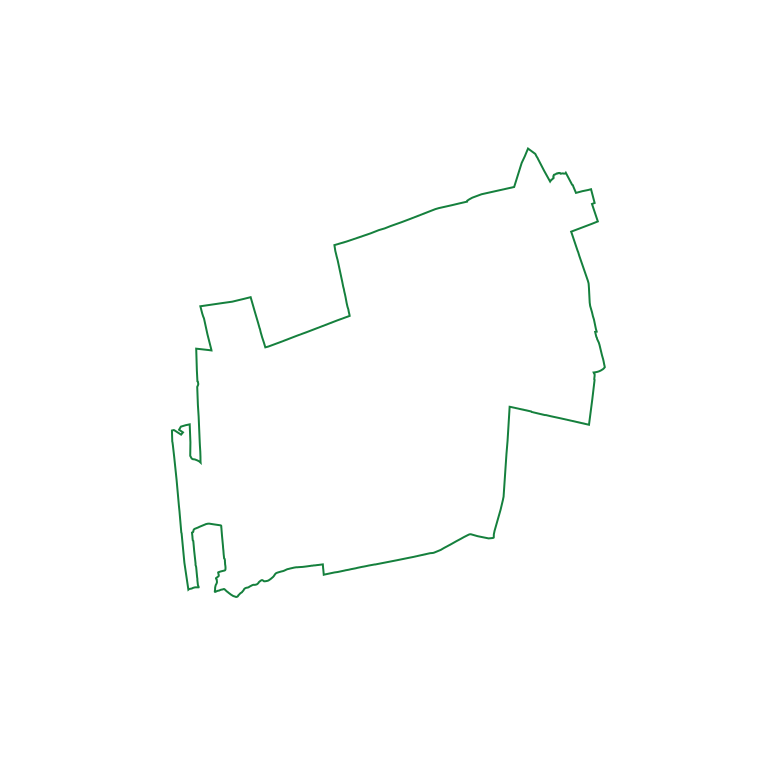 the district of Teiu, Arges, Romania, rotated 120°
{"feature_id": "2599482B70110326614234", "entity_name": "Teiu", "entity_type": "district", "adm_level": 2, "iso_a3": "ROU", "parent_name": "Romania", "parent_adm1": "Arges", "projection": "albers", "projection_center": [25.15, 44.647], "detail": "fine", "context": "isolated", "style": "outline", "palette": "green", "viewbox_px": 768, "rotation_deg": 120, "n_neighbors": 0, "source": "geoboundaries", "source_scale": "gbopen_adm2", "svg_char_len": 6094}
<svg xmlns="http://www.w3.org/2000/svg" viewBox="0 0 768 768"><g transform="rotate(120 384 384)"><path d="M544.8,301.5L530.0,284.5L521.6,275.0L519.7,272.8L507.5,259.5L505.8,257.1L505.0,256.3L499.3,251.9L496.1,250.1L489.0,245.7L483.9,242.7L479.9,240.2L476.7,238.3L472.1,235.3L471.4,234.7L470.7,233.7L469.0,226.9L468.0,223.9L465.4,216.2L463.5,213.5L462.8,212.6L462.1,212.2L459.3,213.7L456.0,214.8L434.5,220.2L425.1,223.0L421.8,224.1L383.5,242.9L371.4,248.6L340.9,263.8L340.6,263.0L334.2,242.8L334.4,242.2L330.5,229.2L329.9,228.1L328.5,223.4L325.3,213.5L316.8,186.1L293.0,196.0L275.1,203.7L274.8,204.3L273.9,204.7L271.6,205.7L270.2,206.5L269.9,207.3L269.2,208.2L268.4,207.1L266.8,205.3L265.6,204.2L264.1,203.1L261.7,201.8L260.5,201.4L259.0,201.2L256.6,203.4L254.4,205.3L252.9,206.7L250.1,209.6L242.4,216.9L240.8,218.6L238.5,221.9L237.5,222.8L237.0,223.7L233.3,227.2L232.3,226.0L230.4,228.0L223.1,234.5L220.9,236.9L217.9,239.7L213.3,244.5L210.6,246.6L198.4,254.5L195.6,256.4L194.6,257.1L192.8,258.9L175.5,278.8L172.7,281.8L171.7,283.1L159.6,296.8L158.5,298.1L141.5,284.2L136.3,280.1L124.1,293.9L123.0,293.0L121.9,292.1L111.8,302.1L113.9,304.2L117.8,308.6L122.5,313.3L118.4,318.7L117.4,319.8L117.4,320.7L110.2,332.1L110.7,332.1L111.3,332.5L111.6,333.1L111.8,333.3L112.0,333.8L112.0,334.1L112.7,335.2L113.3,335.8L113.6,336.2L113.6,336.6L113.3,336.9L113.4,337.4L113.7,337.7L113.9,338.2L114.4,338.8L114.9,338.8L115.4,339.8L116.4,340.2L117.4,340.9L117.5,341.2L117.9,341.4L118.9,341.3L119.1,341.3L119.4,341.2L119.6,340.9L119.9,340.9L120.4,340.5L120.6,340.2L121.1,340.1L121.6,340.5L122.6,340.6L123.4,341.2L124.1,341.1L124.9,341.4L125.6,341.4L119.3,351.9L112.0,363.3L111.3,364.3L110.8,365.4L109.1,368.0L108.1,377.0L116.5,375.9L123.7,375.3L148.3,369.8L170.9,394.4L178.5,400.7L181.3,402.4L183.7,403.6L184.5,403.2L189.7,408.8L195.1,414.5L204.3,424.5L206.8,426.9L211.9,431.0L228.6,444.4L235.2,449.8L244.1,457.4L248.9,461.2L253.3,465.4L260.2,470.9L279.4,487.7L288.5,496.4L293.1,492.7L295.9,490.0L297.0,489.0L299.9,486.1L314.0,473.4L316.2,471.4L320.1,468.0L321.9,466.2L323.8,464.6L325.8,462.7L327.8,460.9L332.6,456.8L335.4,454.2L337.2,452.2L339.0,450.7L341.1,448.7L342.2,447.8L352.2,456.2L376.8,476.1L385.8,483.6L399.3,494.5L409.4,502.9L411.6,505.1L408.3,508.6L404.2,513.2L403.1,514.3L401.0,516.5L399.2,518.2L398.4,518.9L398.0,519.5L393.9,523.7L386.1,531.9L375.5,542.9L378.1,545.6L380.9,548.5L384.3,552.1L388.6,556.6L394.6,564.3L398.0,568.6L408.5,581.9L413.7,576.8L415.9,574.4L417.2,572.7L429.3,561.7L440.8,550.5L441.2,550.2L442.0,552.2L447.3,564.3L465.9,552.8L475.0,546.9L475.0,546.4L476.9,544.8L478.0,544.5L479.9,544.3L495.2,534.7L504.8,528.3L526.5,514.5L529.9,512.3L534.4,509.3L538.9,506.5L542.8,504.2L543.8,503.5L543.4,505.3L543.5,507.5L543.9,510.1L544.7,512.0L544.7,513.3L543.1,515.9L531.3,522.5L516.1,532.1L518.9,535.2L522.5,538.6L526.1,538.6L526.4,533.9L529.3,534.4L528.9,542.4L529.0,543.0L530.3,544.4L539.7,538.6L540.4,537.9L542.9,536.0L551.7,529.5L571.0,515.5L591.9,500.8L596.6,497.4L597.9,496.5L614.1,485.2L614.4,484.7L638.6,467.5L659.9,450.6L659.3,450.4L659.1,450.2L658.7,449.9L657.4,448.4L657.1,448.1L656.7,447.9L655.9,447.3L654.8,446.2L654.2,445.4L653.2,443.6L652.8,442.9L652.6,442.9L652.4,443.1L651.4,444.3L651.2,444.6L647.0,447.7L646.7,447.8L645.5,448.6L645.4,448.7L645.1,449.0L636.8,454.9L636.4,455.2L636.0,455.6L635.4,456.2L635.3,456.4L634.8,456.8L634.5,457.0L633.9,457.3L632.5,458.3L623.5,464.9L615.4,470.6L615.2,470.8L615.1,471.3L614.8,471.6L612.9,473.0L612.1,473.5L608.7,476.0L608.1,475.7L607.9,475.4L607.5,475.3L607.1,475.4L606.0,475.8L605.4,475.9L605.1,475.9L604.2,475.6L601.4,473.4L600.9,473.0L600.2,472.6L594.6,468.3L594.3,468.1L592.9,466.5L592.3,465.5L590.8,461.6L588.1,454.8L588.1,454.6L588.1,454.3L588.2,454.1L589.0,453.5L589.6,453.2L590.0,452.8L590.5,452.5L596.3,448.5L605.3,442.1L606.1,441.6L608.7,439.7L611.5,437.8L614.5,435.6L614.8,435.4L615.0,435.2L615.2,434.5L615.6,434.2L615.9,433.9L616.1,433.7L617.6,432.8L618.1,432.4L619.4,431.6L621.0,430.3L622.5,429.3L623.9,428.6L624.5,428.5L624.9,428.6L625.3,428.9L628.3,432.0L629.2,432.7L629.8,433.3L630.1,433.4L630.3,433.3L630.9,432.7L631.4,432.3L631.8,431.8L632.1,431.6L632.6,431.3L633.0,431.2L633.3,431.2L636.1,432.4L636.4,432.3L636.6,432.1L636.9,431.3L637.0,431.1L637.2,430.9L637.5,430.8L638.3,430.1L639.0,429.7L639.3,429.5L640.2,429.3L640.9,429.2L642.1,429.2L642.6,429.1L644.6,428.5L646.9,427.3L647.0,427.3L648.1,426.9L648.4,426.7L648.5,426.6L648.5,426.4L648.4,426.2L647.9,425.8L647.1,425.3L647.0,425.2L646.6,424.9L646.2,424.6L645.8,424.1L645.6,423.8L645.2,423.4L643.9,422.5L643.5,422.1L642.5,420.9L641.9,420.5L641.7,420.1L641.5,419.8L641.5,419.4L642.2,416.5L642.3,415.7L642.3,415.3L642.5,414.5L642.7,412.8L642.8,412.0L642.9,411.4L643.0,408.7L642.9,408.1L642.6,406.9L642.6,406.7L642.5,406.0L642.4,405.7L642.1,405.2L641.8,404.9L641.5,404.8L641.1,404.5L640.8,404.5L640.5,404.4L639.8,404.5L639.4,404.3L637.6,403.9L636.9,403.7L635.4,402.9L634.2,402.8L633.6,402.6L633.1,402.5L631.8,402.6L631.5,402.5L630.7,402.3L630.0,401.9L629.3,401.3L628.2,400.0L627.8,399.7L627.5,399.5L626.8,399.2L624.1,397.5L623.2,396.7L622.5,395.4L621.5,394.3L620.8,393.8L619.4,393.3L618.3,393.3L617.1,392.9L615.9,392.4L615.1,391.9L614.8,391.5L614.7,391.2L614.7,390.9L614.7,390.3L614.8,389.6L614.8,389.3L614.7,389.2L614.6,388.8L614.1,388.1L613.1,386.9L612.5,386.3L611.9,385.8L610.4,385.1L609.9,384.8L609.5,384.7L608.9,384.4L608.5,384.3L606.6,383.6L605.7,383.4L602.9,383.2L602.0,382.9L601.7,382.8L600.9,382.2L600.4,381.7L600.2,381.6L597.8,379.3L596.4,377.8L595.4,377.0L593.5,375.7L592.7,375.1L591.7,374.0L591.3,373.6L590.5,372.8L589.5,371.7L588.0,370.1L586.7,368.5L586.2,367.7L586.0,367.3L585.7,366.9L585.4,366.5L584.2,364.7L583.0,362.9L580.9,360.1L578.4,356.9L577.4,355.7L577.0,355.0L576.2,354.1L575.4,352.8L574.5,351.7L573.5,350.3L570.8,346.8L574.4,344.3L574.6,344.1L579.3,340.8L578.8,340.3L571.9,332.6L569.9,330.0L569.6,329.7L567.9,327.8L567.0,326.8L565.1,324.7L564.5,324.1L562.5,321.7L560.8,319.9L557.7,316.3L556.5,315.1L553.1,311.3L553.0,311.2L552.9,311.0L550.9,308.7L548.9,306.5L545.0,301.9L544.8,301.5Z" fill="none" stroke="#15803d" stroke-width="2"/></g></svg>